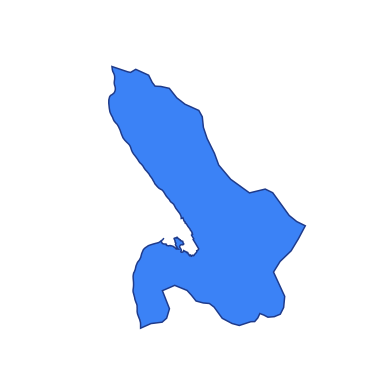 Bimbo, Ombella-M'Poko, Central African Republic (Equal Earth projection), rotated 160°
{"feature_id": "33826404B89402945162763", "entity_name": "Bimbo", "entity_type": "district", "adm_level": 2, "iso_a3": "CAF", "parent_name": "Central African Republic", "parent_adm1": "Ombella-M'Poko", "projection": "equal_earth", "projection_center": [18.582, 4.266], "detail": "fine", "context": "isolated", "style": "filled", "palette": "blue", "viewbox_px": 384, "rotation_deg": 160, "n_neighbors": 0, "source": "geoboundaries", "source_scale": "gbopen_adm2", "svg_char_len": 5535}
<svg xmlns="http://www.w3.org/2000/svg" viewBox="0 0 384 384"><g transform="rotate(160 192 192)"><path d="M181.1,50.0L177.4,48.8L173.3,51.1L169.8,54.6L166.6,51.8L163.5,48.4L157.3,46.7L150.8,47.0L145.4,52.1L140.6,62.2L142.8,88.9L133.0,96.6L119.0,102.8L108.2,111.5L97.1,121.5L103.7,128.4L108.7,136.7L116.4,163.7L122.2,169.7L138.3,171.5L151.3,190.7L157.7,208.2L157.7,220.6L159.5,237.0L159.2,248.8L156.6,259.2L157.7,266.3L168.6,276.9L174.1,285.7L177.9,297.2L185.1,301.8L190.5,304.1L191.9,308.5L192.8,316.6L202.9,326.5L208.9,325.4L211.4,327.0L224.3,337.3L225.0,334.3L225.2,332.5L225.0,330.7L224.9,328.9L225.1,327.3L225.7,325.5L226.2,324.3L227.1,322.7L227.8,321.1L228.2,319.2L228.2,317.8L228.4,316.3L228.8,315.0L229.4,313.8L230.4,312.6L231.5,311.7L233.7,310.9L235.5,310.6L236.9,309.6L238.6,307.1L239.8,304.0L241.0,299.3L241.3,297.8L241.7,295.5L241.7,294.1L241.5,291.8L241.1,289.4L241.1,287.4L240.9,285.4L240.0,282.9L239.2,281.2L238.7,278.5L238.4,274.7L238.5,270.7L238.3,266.5L237.5,263.8L236.3,261.1L235.2,258.9L234.6,257.2L234.4,255.3L234.5,252.2L234.4,250.2L233.9,247.7L232.8,244.4L231.9,241.3L231.4,238.8L230.8,236.9L230.0,235.5L229.2,233.2L228.8,230.9L228.2,228.7L227.5,227.2L226.9,225.5L226.3,223.9L225.8,221.2L225.3,219.7L224.8,217.8L224.6,216.1L224.2,214.2L224.1,212.5L222.7,208.8L221.7,206.8L220.6,205.4L219.8,204.6L219.2,203.7L218.6,202.0L218.1,199.5L217.6,197.0L216.8,194.8L215.9,192.7L215.7,191.1L215.2,189.7L214.3,188.4L213.4,186.7L213.1,184.5L212.8,182.3L212.3,180.7L211.7,178.7L210.8,175.8L210.6,173.6L210.8,171.8L211.2,170.8L210.5,170.7L210.1,170.7L209.8,170.7L209.4,170.9L209.3,169.8L209.3,169.7L209.4,168.7L209.4,168.4L209.4,167.7L209.3,167.2L209.2,166.9L209.0,166.6L208.9,166.6L208.8,166.3L208.7,166.0L208.8,165.9L209.1,165.3L208.7,164.8L208.5,164.6L208.4,164.5L208.4,164.4L208.4,164.2L208.2,164.1L208.1,163.7L208.0,163.2L208.0,162.8L207.9,162.5L207.7,162.0L207.7,161.8L207.7,161.4L207.6,161.2L207.5,160.9L207.4,160.5L207.2,159.9L207.1,159.6L207.0,159.3L206.9,158.9L206.8,158.7L206.6,158.2L206.6,157.7L206.6,157.0L206.5,156.7L206.4,156.6L206.3,156.3L206.2,156.0L206.2,155.8L206.1,155.6L206.0,155.1L205.9,154.7L205.8,153.6L206.0,153.6L206.1,153.4L205.9,152.1L207.2,151.7L206.4,147.4L207.2,147.0L206.4,143.1L205.8,139.9L205.2,136.8L205.1,136.6L205.2,136.4L205.3,136.1L205.5,135.9L205.7,135.7L205.9,135.6L206.1,135.5L206.5,135.4L207.2,135.2L207.6,135.2L207.6,134.8L207.6,134.6L208.5,133.7L211.2,132.3L211.8,131.8L212.0,131.5L212.0,131.0L212.3,131.7L212.6,132.1L212.9,132.3L213.1,132.4L213.3,132.3L213.7,132.2L213.9,132.1L214.3,131.7L214.7,131.8L214.7,132.0L214.6,132.3L214.6,132.7L214.7,133.1L214.8,133.2L215.0,133.4L215.3,133.3L215.8,133.1L216.0,132.9L216.1,133.0L216.3,133.4L216.3,133.9L216.2,134.2L216.2,134.4L216.4,134.6L216.5,135.0L216.8,135.2L216.8,135.8L216.7,136.3L216.7,136.5L216.8,136.8L217.1,136.9L217.4,136.7L217.8,136.9L218.0,137.1L218.0,137.3L217.9,137.7L218.0,137.9L218.4,138.3L218.6,138.5L218.9,138.6L219.2,138.8L219.3,139.0L219.5,139.5L219.8,139.8L220.3,138.9L220.9,138.9L221.9,138.7L222.5,139.0L222.9,139.4L222.9,139.9L221.9,140.7L221.9,141.7L221.9,141.9L222.1,142.8L222.2,143.3L222.4,144.0L222.5,144.5L222.2,145.1L221.6,145.7L221.1,146.1L219.2,146.0L219.0,145.9L218.8,145.5L218.6,145.5L218.3,145.6L218.0,145.7L217.8,145.7L217.5,146.1L217.5,146.3L217.6,146.8L217.7,147.0L217.8,147.5L217.7,148.0L217.6,148.6L217.6,148.8L217.9,148.9L218.0,149.0L218.2,149.3L218.4,149.5L218.9,149.9L219.2,150.0L219.3,150.2L219.3,150.4L219.3,150.7L219.3,151.0L219.5,151.2L219.8,151.3L220.1,151.6L220.2,151.9L220.2,152.1L220.2,152.3L220.6,152.7L221.0,153.2L221.1,153.4L221.1,153.7L221.1,153.9L221.2,154.2L221.3,154.4L221.5,154.6L222.0,154.6L222.2,154.3L222.2,154.0L222.3,154.0L222.5,154.4L222.6,154.5L222.8,154.5L223.0,154.5L223.1,154.4L223.3,154.4L223.6,154.5L223.8,154.6L224.2,154.6L224.4,154.5L224.7,154.5L224.8,154.2L224.7,153.1L224.7,152.7L224.6,152.2L224.6,151.8L224.9,151.2L225.0,150.8L224.8,150.3L224.7,149.7L224.7,149.3L224.9,149.0L225.2,148.8L225.5,148.4L225.6,148.0L225.3,146.6L225.0,146.0L225.0,145.6L225.2,145.3L225.2,145.2L225.1,144.9L224.9,144.2L224.7,143.7L224.6,143.3L224.5,143.1L224.9,143.3L225.2,143.5L225.6,143.6L225.8,143.6L226.0,143.7L226.3,143.9L226.3,144.1L226.5,144.2L226.6,144.3L226.6,144.5L226.7,144.8L226.9,145.2L227.0,145.5L227.0,145.8L227.4,146.0L227.6,146.1L227.8,146.3L227.9,147.0L229.6,148.4L230.0,148.6L230.4,148.7L230.8,149.2L231.2,149.3L232.5,149.4L233.0,149.8L233.5,150.2L233.8,150.2L233.9,150.3L234.1,150.8L234.3,151.0L234.2,151.2L234.0,151.7L234.7,152.2L236.3,152.8L237.5,153.8L237.7,155.7L237.4,156.8L236.5,157.0L236.1,157.1L234.9,157.8L234.2,158.3L234.9,157.8L236.0,157.1L237.5,156.8L239.4,156.1L240.7,155.9L242.2,156.0L244.1,156.2L246.4,156.4L249.4,156.5L251.1,156.5L252.3,156.3L253.2,156.0L254.6,155.7L255.8,155.3L256.8,154.8L257.6,154.3L258.7,153.1L260.3,151.4L261.9,149.1L262.4,148.3L263.6,147.1L265.0,145.9L266.6,145.0L267.6,144.2L269.8,141.8L270.8,140.3L271.7,138.8L273.6,136.6L274.5,135.9L275.3,134.6L276.1,133.1L276.8,131.0L277.4,128.8L277.8,127.3L278.5,125.2L279.1,123.7L279.9,122.0L280.9,120.1L281.5,118.3L281.7,116.0L281.9,113.8L282.0,112.5L282.3,111.0L282.4,109.1L282.4,107.5L282.3,105.5L282.5,103.9L283.0,102.5L283.4,101.2L283.9,99.9L284.4,98.6L284.7,97.2L284.9,96.0L284.9,94.9L284.9,92.8L284.8,90.0L285.1,86.8L285.6,85.2L286.9,81.6L275.6,82.4L264.6,79.9L259.0,82.1L253.1,90.0L253.6,109.4L240.2,110.2L230.3,101.2L227.9,95.4L225.5,88.2L219.4,83.9L213.8,81.3L210.6,76.3L206.8,63.0L199.3,54.7L193.2,50.4L181.1,50.0Z" fill="#3b82f6" stroke="#1e3a8a" stroke-width="1.5"/></g></svg>